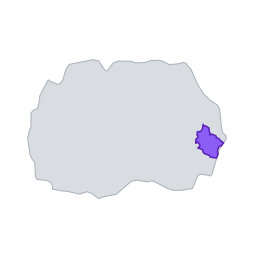 where Berovo sits in North Macedonia, rotated 13°
{"feature_id": "MKD-3004", "entity_name": "Berovo", "entity_type": "Statistical Region", "adm_level": 1, "iso_a3": "MKD", "parent_name": "North Macedonia", "parent_adm1": "", "projection": "albers", "projection_center": [22.775, 41.662], "detail": "fine", "context": "in_parent", "style": "filled", "palette": "violet", "viewbox_px": 256, "rotation_deg": 13, "n_neighbors": 0, "source": "natural_earth", "source_scale": "10m", "svg_char_len": 2491}
<svg xmlns="http://www.w3.org/2000/svg" viewBox="0 0 256 256"><g transform="rotate(13 128 128)"><path d="M116.4,62.3L120.7,62.9L129.9,60.4L135.6,56.8L138.5,56.3L142.4,55.0L148.0,55.2L153.6,56.9L160.8,54.8L167.8,51.5L170.6,52.4L173.7,55.2L175.7,56.1L187.3,71.3L193.7,77.5L201.3,82.2L209.9,85.6L213.0,88.9L218.5,105.1L221.2,111.3L224.9,113.1L225.8,114.9L225.9,117.2L221.8,128.6L220.2,154.2L219.2,156.2L214.8,156.1L209.0,156.6L206.8,158.6L204.4,172.4L195.1,176.3L186.6,178.5L179.5,177.9L166.9,174.6L162.8,174.2L159.3,176.1L148.1,176.9L143.1,179.3L131.4,195.3L119.5,200.6L115.5,203.4L106.6,199.7L102.3,199.3L96.0,203.3L82.3,203.4L78.6,204.1L68.1,204.5L67.7,202.3L65.9,199.0L61.0,197.4L51.0,198.5L48.6,196.0L44.8,182.3L41.6,180.0L38.2,175.4L32.5,160.4L32.5,153.9L33.1,148.2L30.1,134.9L32.2,131.6L35.4,129.5L35.6,124.2L34.9,116.0L39.0,100.2L40.0,99.0L40.9,99.8L49.8,101.3L52.1,99.4L53.6,96.2L54.4,84.6L56.6,79.2L78.2,69.4L84.5,69.2L89.2,74.0L93.0,77.1L95.3,77.0L96.2,74.0L98.9,68.2L103.3,64.9L116.3,62.3L116.4,62.3Z" fill="#d9dde1" stroke="#a8b0b8" stroke-width="1"/><path d="M224.4,121.3L223.7,122.4L223.2,123.9L223.0,124.4L222.6,124.6L221.4,125.0L221.0,125.3L220.6,126.5L220.4,127.9L220.3,129.4L220.5,130.8L220.7,131.4L221.4,132.5L221.6,133.2L221.6,133.8L221.2,135.5L221.2,137.1L220.5,137.2L219.9,137.5L217.2,137.7L215.2,137.7L214.7,137.7L214.3,137.7L213.6,136.7L212.9,136.2L211.5,136.1L210.3,136.1L209.0,135.9L208.1,135.7L206.9,134.9L206.3,134.1L206.1,133.2L205.5,132.4L204.7,132.3L204.4,132.3L202.4,131.8L201.3,131.9L200.8,131.9L200.7,131.4L200.7,131.0L201.2,130.7L201.7,130.6L201.9,130.1L201.9,129.3L201.9,128.6L201.6,127.9L201.3,127.6L200.4,127.3L199.3,126.2L198.7,126.0L198.4,126.3L198.0,127.3L197.6,127.5L197.4,127.5L197.1,126.8L197.2,125.9L197.2,125.7L196.9,125.0L196.7,124.1L196.8,123.5L197.2,122.9L197.9,121.7L198.3,121.1L198.3,120.6L198.0,120.1L197.4,119.8L196.8,119.3L196.6,118.0L196.5,116.9L196.5,116.2L197.2,115.6L198.0,115.5L199.1,115.5L199.8,114.6L200.3,113.4L200.6,112.2L200.7,110.5L200.6,109.4L200.3,108.9L200.5,108.0L200.8,108.5L201.6,108.5L202.9,108.6L204.5,108.8L205.6,109.2L206.8,109.9L207.0,109.9L207.1,110.7L207.7,112.2L208.2,113.5L208.7,113.8L208.9,114.4L208.9,115.4L209.2,116.1L209.8,116.2L210.0,116.1L210.1,115.5L210.5,115.2L211.6,115.2L214.9,115.8L215.8,116.2L216.2,116.9L216.2,117.6L216.6,117.6L217.2,117.6L218.4,117.7L219.6,118.4L221.1,119.6L222.1,120.0L223.1,120.3L224.0,120.9L224.4,121.3L224.4,121.3Z" fill="#8b5cf6" stroke="#5b21b6" stroke-width="1.5"/></g></svg>